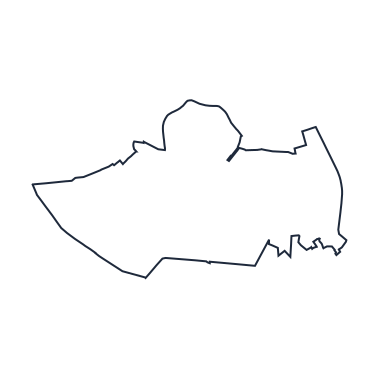 Baldone, Baldones, Latvia, rotated 187°
{"feature_id": "27541924B69230564429845", "entity_name": "Baldone", "entity_type": "district", "adm_level": 2, "iso_a3": "LVA", "parent_name": "Latvia", "parent_adm1": "Baldones", "projection": "mercator", "projection_center": [24.39, 56.741], "detail": "fine", "context": "isolated", "style": "outline", "palette": "slate", "viewbox_px": 384, "rotation_deg": 187, "n_neighbors": 0, "source": "geoboundaries", "source_scale": "gbopen_adm2", "svg_char_len": 3862}
<svg xmlns="http://www.w3.org/2000/svg" viewBox="0 0 384 384"><g transform="rotate(187 192 192)"><path d="M98.4,139.3L92.9,144.9L86.5,139.6L87.3,152.5L87.4,153.7L87.9,160.4L84.2,161.3L80.8,162.0L80.0,161.3L80.2,158.0L80.3,155.1L77.4,152.4L71.2,148.5L69.1,150.0L67.1,151.5L66.9,151.8L65.8,150.2L64.9,151.2L63.0,152.2L61.5,152.8L61.6,153.0L63.5,155.2L65.5,157.4L62.7,159.9L62.2,160.5L61.0,160.9L60.7,161.1L60.2,161.4L59.8,161.4L59.5,161.2L59.7,160.8L59.9,159.9L59.6,159.0L59.2,158.4L58.3,157.7L57.5,157.0L56.9,156.4L55.9,154.5L55.2,152.9L54.7,152.2L54.5,152.4L51.3,154.5L46.5,155.0L43.3,152.0L43.5,151.5L41.7,149.7L42.2,148.3L41.0,147.0L37.8,150.6L37.7,150.7L39.3,152.9L39.2,153.0L37.8,154.1L36.5,155.3L33.2,161.3L32.9,163.0L37.9,166.3L40.9,168.2L42.2,172.4L42.2,180.9L42.2,189.7L42.3,197.9L42.3,198.8L42.7,207.3L42.7,207.8L43.1,211.1L43.2,211.7L43.8,214.5L44.1,215.5L44.5,217.0L44.8,218.0L44.9,218.4L45.0,218.7L45.5,220.1L45.7,220.9L46.0,221.8L46.5,223.0L46.6,223.3L47.0,224.3L47.6,225.6L48.7,227.7L50.2,230.5L50.6,231.1L51.8,233.0L55.0,237.9L58.7,243.6L64.3,252.1L67.4,256.9L73.3,265.8L77.1,271.6L77.6,271.4L80.8,269.9L84.9,267.9L89.5,265.8L89.8,265.7L90.0,265.6L88.8,262.9L87.6,260.0L86.4,257.1L84.8,253.3L84.5,252.5L95.5,247.7L95.4,247.4L94.0,243.0L93.9,242.8L96.8,242.2L97.5,242.4L101.4,243.4L103.2,243.2L116.8,242.2L117.3,242.2L120.4,242.4L122.5,242.5L123.0,242.5L125.6,242.7L127.8,242.9L128.1,243.0L128.4,242.8L132.1,241.8L132.3,241.7L134.5,241.4L143.6,240.0L143.9,240.0L144.5,240.4L144.9,240.6L145.7,240.7L147.1,241.0L148.4,241.2L150.6,241.5L150.9,240.8L151.4,240.0L151.7,239.5L152.0,238.8L153.0,237.3L153.9,235.8L155.2,233.7L159.1,227.3L160.7,228.1L158.0,232.6L157.5,232.3L154.0,238.1L153.1,239.5L152.8,240.1L152.5,240.6L152.1,241.3L151.7,242.1L152.0,242.4L150.8,247.0L150.3,253.1L149.4,253.8L153.7,258.2L155.0,259.3L155.8,259.9L156.6,260.7L158.0,262.0L161.6,265.5L163.5,268.5L164.6,270.0L165.7,271.7L166.9,273.5L167.8,274.5L168.6,275.4L169.5,276.2L171.7,277.8L173.6,279.1L174.3,279.5L174.9,279.9L175.5,280.2L176.9,280.4L178.3,280.4L181.5,280.0L185.2,279.7L189.2,279.7L191.5,280.0L195.3,280.5L200.8,282.3L203.6,283.0L205.4,282.7L207.5,282.0L208.1,281.4L209.0,280.2L210.8,277.4L211.3,276.6L212.2,275.7L213.1,274.8L214.1,273.7L216.3,271.9L219.8,269.6L221.5,268.6L222.9,267.5L223.8,266.8L224.9,265.9L225.1,265.7L225.4,265.3L225.7,264.9L225.9,264.6L226.1,264.4L226.2,264.1L226.8,262.8L227.4,261.5L228.5,258.1L228.9,254.2L228.6,251.2L228.1,248.3L226.7,242.3L226.1,240.1L225.7,238.3L225.7,238.2L225.5,237.3L225.1,235.6L224.7,234.0L224.3,232.7L224.1,231.8L224.0,231.0L224.0,230.6L224.0,230.3L230.7,230.3L245.8,235.9L246.0,236.0L246.0,234.8L246.7,234.9L252.2,235.0L255.5,235.1L255.9,234.0L256.0,232.9L256.0,231.9L255.8,230.5L254.7,227.5L253.4,226.5L252.4,225.6L252.5,225.6L252.4,225.3L252.7,225.0L253.8,223.8L255.4,222.0L256.9,220.1L257.4,219.6L258.9,218.1L259.2,217.8L259.6,217.4L261.6,214.4L263.7,211.8L264.0,211.3L267.4,214.5L268.2,213.7L269.2,212.6L270.0,211.9L270.6,211.2L271.2,210.6L271.7,210.0L272.2,209.5L272.6,209.1L274.2,210.1L277.8,207.0L278.0,206.9L284.9,203.1L285.0,203.0L285.3,202.6L292.8,198.4L301.0,193.9L301.3,193.7L302.0,193.5L307.5,192.3L309.4,191.8L309.6,191.7L312.2,189.0L312.7,188.5L313.0,188.4L317.8,187.4L318.0,187.4L328.1,185.1L338.3,182.8L347.3,180.9L349.7,180.4L350.5,180.2L350.9,180.2L351.1,180.0L346.1,171.3L345.6,170.3L340.9,165.4L335.6,159.8L327.9,151.8L322.2,145.5L317.4,140.3L311.1,136.1L302.5,131.2L293.8,126.8L291.0,125.2L290.5,125.0L285.9,122.8L280.4,119.8L280.5,119.6L276.6,117.2L272.8,115.3L252.6,105.5L251.4,104.9L228.2,101.5L227.6,101.0L223.8,106.6L218.3,115.0L213.2,122.3L210.3,123.3L208.5,123.4L180.4,124.6L169.4,124.9L168.1,124.1L165.7,123.5L165.8,125.0L164.9,125.0L137.5,125.9L120.5,126.4L111.7,149.0L109.7,154.1L109.3,149.7L105.9,148.8L100.0,147.0L98.4,139.3Z" fill="none" stroke="#1e293b" stroke-width="2"/></g></svg>